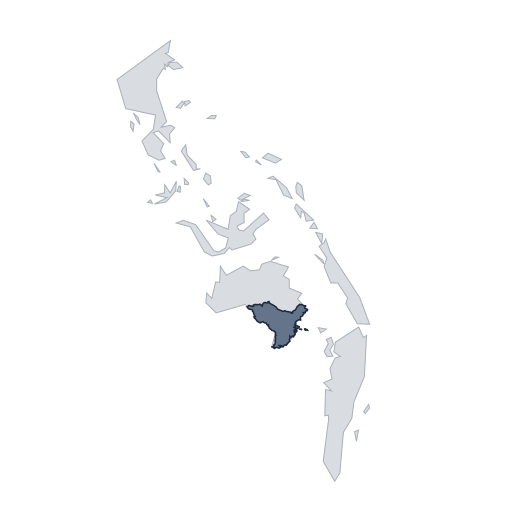 Kalimantan Barat on a map of Indonesia (orthographic projection), rotated 231°
{"feature_id": "IDN-1228", "entity_name": "Kalimantan Barat", "entity_type": "Province", "adm_level": 1, "iso_a3": "IDN", "parent_name": "Indonesia", "parent_adm1": "", "projection": "orthographic", "projection_center": [110.805, -0.499], "detail": "fine", "context": "in_parent", "style": "filled", "palette": "slate", "viewbox_px": 512, "rotation_deg": 231, "n_neighbors": 0, "source": "natural_earth", "source_scale": "10m", "svg_char_len": 9374}
<svg xmlns="http://www.w3.org/2000/svg" viewBox="0 0 512 512"><g transform="rotate(231 256 256)"><path d="M175.5,211.2L184.4,223.1L197.7,221.5L204.5,216.0L216.2,219.3L225.2,217.1L236.9,189.2L251.3,187.7L258.2,194.3L250.9,195.0L261.2,208.3L258.4,211.2L270.5,221.9L259.7,220.7L256.2,239.7L247.8,242.5L243.1,250.1L246.0,255.3L242.9,263.7L227.0,274.3L223.4,264.8L216.9,267.1L210.1,261.7L198.2,268.0L196.5,261.3L181.9,262.1L179.1,244.8L171.7,240.1L168.5,228.2L169.8,216.6L175.5,211.2ZM31.4,175.4L54.1,179.0L83.3,209.6L86.9,212.1L88.5,208.9L108.5,226.0L103.6,229.7L114.9,228.9L112.6,237.8L121.9,242.5L126.9,253.2L124.9,258.3L132.5,256.1L139.1,263.5L136.2,291.1L125.0,288.1L124.7,292.0L94.0,264.2L81.1,240.4L69.6,228.4L64.0,213.0L34.6,184.6L31.4,175.4ZM480.6,259.1L477.3,325.1L469.4,315.8L470.6,313.0L459.6,316.2L461.7,309.6L458.9,306.2L460.0,305.7L461.7,306.0L462.8,305.6L457.8,303.0L460.2,302.2L456.1,290.2L446.8,282.7L416.7,271.1L415.7,263.4L411.3,272.0L406.7,273.5L405.4,265.8L398.1,260.6L414.4,259.0L416.6,253.7L401.3,255.0L397.9,248.1L389.0,246.7L391.5,240.9L402.3,235.8L417.2,239.8L419.1,255.8L428.7,266.6L452.5,247.5L480.6,259.1ZM329.5,221.9L318.3,228.9L286.6,226.5L282.7,229.2L281.4,237.6L287.5,245.9L296.6,240.4L315.1,239.9L294.3,251.1L303.6,261.6L303.1,268.8L309.2,276.7L296.3,280.4L296.7,273.6L289.5,267.8L291.2,260.0L287.2,259.1L283.3,262.0L284.6,288.8L275.9,289.0L276.8,273.0L275.2,267.7L269.2,266.5L268.4,259.6L275.8,241.1L279.2,240.7L278.0,232.8L283.5,222.0L291.6,218.4L320.1,223.3L331.7,214.8L329.5,221.9ZM139.6,292.1L162.4,295.8L165.9,300.9L183.6,302.5L187.8,297.2L205.0,302.3L209.8,309.7L223.8,311.1L223.5,317.3L225.5,320.9L212.1,316.1L158.3,310.4L131.4,301.4L139.6,292.1ZM357.5,223.4L366.7,216.1L362.6,224.6L368.8,229.9L359.0,229.0L364.2,241.2L357.1,234.5L354.5,220.4L360.3,209.7L357.5,223.4ZM361.8,261.3L384.6,264.0L386.7,271.4L377.6,266.0L364.8,267.2L361.1,264.2L358.8,267.7L361.8,261.3ZM307.3,319.5L289.9,322.7L277.8,320.3L285.9,315.7L302.7,319.6L308.8,314.3L307.3,319.5ZM257.4,314.7L269.1,316.2L271.0,320.0L247.6,323.4L251.5,316.9L259.4,320.6L262.1,319.2L257.4,314.7ZM328.2,322.8L328.3,330.1L315.1,336.6L316.0,329.6L328.2,322.8ZM139.0,248.9L142.3,257.0L146.9,258.1L145.4,263.2L138.6,260.6L136.4,254.1L129.8,252.7L133.1,247.9L139.0,248.9ZM456.4,316.5L448.4,317.6L452.8,309.3L459.0,307.6L460.8,310.7L456.4,316.5ZM279.7,327.1L284.9,330.6L287.3,334.5L281.8,335.8L269.1,328.5L279.7,327.1ZM348.7,263.5L352.2,269.1L346.9,271.0L340.8,266.9L341.2,263.7L348.7,263.5ZM224.4,314.9L236.8,317.3L231.1,321.8L224.4,314.9ZM243.8,315.3L245.6,322.1L238.3,321.1L243.8,315.3ZM161.1,259.3L155.0,264.6L155.5,258.0L161.1,259.3ZM421.7,287.5L422.7,296.3L420.2,296.7L418.2,290.4L421.7,287.5ZM220.5,302.7L210.9,305.3L206.9,303.8L220.5,302.7ZM312.2,278.3L312.1,286.3L306.7,289.6L309.0,279.0L312.2,278.3ZM48.9,217.5L57.4,222.0L56.2,226.2L48.9,217.5ZM69.7,250.1L66.3,248.4L64.8,241.8L67.3,241.7L69.7,250.1ZM390.2,313.5L388.6,310.3L393.6,304.5L393.2,309.7L390.2,313.5ZM382.9,232.9L392.3,235.1L381.7,234.3L382.9,232.9ZM324.8,248.9L333.7,251.1L324.0,250.9L324.8,248.9ZM308.0,282.2L303.2,286.1L307.5,279.0L308.0,282.2ZM430.3,238.9L435.1,239.7L439.5,243.5L435.2,244.3L430.3,238.9ZM346.9,310.0L343.6,312.9L337.1,313.2L338.9,309.9L346.9,310.0ZM421.0,297.8L418.8,301.9L416.7,301.8L417.2,295.3L421.0,297.8ZM361.5,249.0L355.7,249.7L354.1,248.3L356.6,245.6L361.5,249.0ZM431.1,248.5L437.8,249.2L444.1,250.7L438.0,251.6L431.1,248.5ZM309.9,244.0L315.9,246.7L309.7,248.1L309.9,244.0ZM366.0,209.4L362.1,208.7L365.8,205.6L366.0,209.4ZM323.1,317.5L329.7,315.1L330.4,316.6L323.1,317.5ZM382.8,249.4L381.7,253.0L376.8,251.1L379.3,250.1L382.8,249.4ZM243.4,270.2L240.8,272.7L243.0,265.0L243.4,270.2ZM355.9,235.3L358.9,240.3L357.7,241.1L353.3,237.2L355.9,235.3Z" fill="#d9dde1" stroke="#a8b0b8" stroke-width="1"/><path d="M175.6,210.6L175.5,211.2L175.2,211.6L174.9,212.0L174.5,212.3L174.4,212.6L174.5,213.1L174.7,213.5L175.0,213.6L175.4,213.6L175.6,213.7L175.7,213.9L175.6,215.2L175.8,215.6L176.0,215.8L176.9,216.6L177.0,217.0L177.2,216.9L177.3,217.0L177.5,217.4L177.6,217.5L178.3,217.5L178.6,217.8L178.9,218.6L179.6,219.1L179.8,219.5L180.2,219.7L180.8,219.8L181.0,219.9L181.9,221.3L181.9,221.7L182.3,221.7L183.0,221.8L183.6,222.6L183.9,222.9L184.4,223.1L184.9,223.2L185.3,223.0L185.5,222.7L186.0,223.0L186.4,222.7L186.6,222.7L187.0,222.5L187.3,222.3L187.4,222.2L187.9,221.7L188.2,221.5L189.2,221.5L191.5,220.9L193.3,221.6L193.5,221.6L194.3,221.4L194.4,221.5L194.6,222.1L194.9,221.7L195.8,221.3L196.1,221.3L197.2,221.7L197.8,221.6L198.7,220.5L199.4,220.3L200.2,220.3L200.6,220.2L201.2,218.5L201.5,217.8L201.5,217.6L201.2,217.6L201.3,217.2L201.5,217.1L202.6,216.5L203.7,216.3L204.2,215.9L204.4,215.9L207.5,216.0L207.8,216.1L208.1,215.8L208.3,215.7L208.9,215.8L209.5,215.9L210.0,216.0L210.1,216.4L209.9,216.8L209.4,217.2L209.4,217.3L210.3,217.2L210.7,217.3L211.1,217.4L211.4,217.7L212.6,217.9L213.1,218.1L213.9,218.7L214.3,218.7L214.9,218.5L215.2,218.5L215.4,218.6L215.9,219.2L216.2,219.3L216.4,219.3L218.0,218.2L218.7,217.4L219.1,217.2L220.5,216.9L220.9,216.9L221.3,217.0L221.6,217.3L221.8,217.4L222.1,217.2L221.9,218.2L222.0,218.5L222.1,218.8L222.0,219.4L221.5,219.9L221.1,220.0L220.2,220.9L219.5,221.3L219.0,221.5L218.7,221.8L218.6,222.0L218.6,222.7L219.2,222.6L219.4,222.8L219.5,222.9L219.5,223.1L219.3,223.7L219.2,224.3L218.5,225.3L218.0,225.5L217.9,225.7L217.7,226.2L217.0,226.8L216.7,227.4L216.3,227.8L216.2,228.6L215.8,228.8L215.4,229.2L214.7,229.2L214.1,229.0L213.1,229.3L213.6,230.1L214.1,230.5L214.5,231.3L214.7,232.6L214.4,233.2L214.2,233.9L213.9,233.9L213.7,234.2L213.1,234.4L212.4,235.3L212.4,235.6L212.7,235.8L212.9,236.3L212.4,237.5L212.1,237.4L211.8,237.2L211.6,236.8L211.4,236.6L210.9,236.8L210.7,237.1L209.9,237.1L208.7,237.7L207.7,238.1L207.3,238.3L205.5,239.0L205.3,239.0L204.8,239.0L204.4,239.2L203.4,239.6L202.1,239.3L200.7,239.4L200.6,239.5L200.2,240.0L199.3,240.2L198.2,241.0L197.1,241.5L196.1,242.2L195.8,242.4L195.5,242.9L195.4,243.2L195.5,243.6L195.5,243.8L195.0,244.1L194.4,244.3L194.3,244.5L193.7,244.8L193.4,245.0L193.0,245.4L192.8,245.8L191.9,246.3L191.4,246.9L190.8,247.4L190.5,247.5L190.0,247.3L189.6,247.4L189.2,247.6L188.7,248.2L188.6,248.4L188.6,248.5L188.9,248.8L189.5,248.7L189.6,248.8L189.6,249.4L189.8,249.6L189.8,249.8L189.7,250.2L189.7,250.9L189.4,252.1L189.4,253.0L189.6,253.5L190.8,256.4L190.9,256.6L190.7,257.2L190.7,258.1L190.8,258.6L191.1,259.0L191.1,259.3L190.8,259.7L190.0,260.1L189.5,261.0L189.0,261.2L188.8,261.2L188.2,261.6L187.3,261.8L186.4,263.1L186.0,263.2L185.7,263.0L185.7,262.8L185.8,262.7L185.7,261.9L185.5,261.5L185.2,261.2L184.9,261.1L184.4,261.1L183.4,261.6L182.3,262.4L181.9,262.4L181.7,262.1L181.3,261.4L181.7,260.9L181.8,260.5L181.8,260.2L181.6,259.8L181.4,258.9L181.3,258.7L181.0,258.7L180.9,258.6L181.3,257.9L182.0,257.9L182.1,257.5L181.8,257.7L181.5,257.7L180.9,256.7L180.7,255.2L180.3,254.8L180.2,254.6L180.2,254.2L180.6,252.9L180.5,252.5L180.2,251.7L180.0,251.4L178.8,250.9L178.3,250.5L178.5,250.3L178.3,250.2L179.2,249.5L179.6,248.6L179.7,247.7L179.9,246.4L180.0,246.0L179.9,245.6L179.7,245.1L178.9,244.7L178.7,244.6L178.8,244.4L178.5,244.3L178.5,244.1L178.6,243.3L178.6,243.2L177.9,242.9L177.6,242.9L177.4,242.8L177.3,242.5L177.1,242.4L176.6,241.7L176.5,241.2L176.8,240.9L176.8,240.7L176.5,240.8L176.4,240.9L176.3,241.5L176.0,241.9L175.5,241.5L175.2,241.6L175.0,241.0L174.4,240.6L174.0,240.5L173.4,240.5L173.4,240.9L173.3,241.1L173.0,241.1L172.3,240.8L171.8,240.5L171.6,238.9L171.7,238.6L171.9,238.7L172.3,238.9L173.0,238.9L173.4,239.2L173.8,239.4L174.2,239.3L174.3,239.2L174.2,239.1L173.8,239.1L173.6,238.9L173.3,238.6L172.7,238.5L172.7,238.4L172.8,238.3L172.7,238.1L173.4,238.2L173.1,237.9L172.6,237.8L171.9,237.8L171.7,237.9L171.5,237.7L171.3,237.5L170.8,237.5L170.5,237.2L170.3,236.9L170.1,236.0L170.1,235.6L170.4,235.5L170.0,234.8L170.1,234.5L169.8,234.4L169.7,234.4L169.7,234.6L169.5,234.4L169.7,234.1L170.3,233.9L170.9,234.0L171.3,234.3L171.0,233.8L171.0,232.7L170.9,232.4L170.7,232.1L170.7,231.6L170.8,231.5L171.1,231.6L172.1,231.7L170.8,230.7L170.1,229.4L169.4,228.9L168.6,228.8L168.3,228.6L168.3,228.4L168.5,227.5L168.5,227.3L168.2,226.7L168.1,226.4L168.4,226.0L168.4,225.6L168.2,225.1L167.8,224.6L167.9,224.2L167.9,223.9L167.6,223.6L167.6,223.4L168.0,223.0L168.5,222.8L168.7,222.5L168.9,222.1L168.9,221.7L168.3,220.2L168.4,219.8L169.4,219.6L170.2,219.3L170.5,219.1L171.3,218.2L171.5,217.8L171.8,217.6L171.5,217.5L171.3,217.9L171.0,218.1L170.5,219.0L170.0,219.2L168.9,219.5L169.0,219.1L169.5,218.4L169.6,218.1L169.7,217.7L169.7,216.6L169.8,216.2L170.0,215.9L171.6,214.8L171.8,214.6L172.2,214.0L172.6,213.4L172.0,213.7L172.4,213.2L172.5,213.0L172.5,212.1L173.4,211.9L175.0,211.5L175.2,211.3L175.6,210.6ZM176.8,243.1L177.0,243.3L177.0,243.5L176.1,244.0L174.5,244.7L174.2,245.0L173.9,245.1L173.4,244.8L173.3,244.6L173.6,243.8L173.7,242.1L173.7,241.9L173.9,241.8L174.6,241.9L175.1,241.7L175.8,242.1L176.2,241.9L176.4,241.9L176.6,242.0L176.8,242.4L176.8,243.1ZM168.7,247.9L168.7,248.2L168.5,248.5L167.6,248.8L167.3,248.8L167.3,248.7L167.4,248.2L167.0,248.0L167.1,247.8L167.8,247.6L168.1,247.5L168.3,247.6L168.7,247.9ZM170.7,244.7L170.9,244.8L170.5,245.2L170.4,245.1L170.2,245.1L170.2,244.9L170.5,244.8L170.7,244.7ZM165.8,249.3L165.9,249.2L166.2,249.1L166.8,249.2L166.6,249.4L165.8,249.3ZM171.7,243.8L171.8,243.8L171.7,244.1L171.6,244.3L171.3,244.4L171.3,244.1L171.7,243.8Z" fill="#64748b" stroke="#1e293b" stroke-width="1.5"/></g></svg>